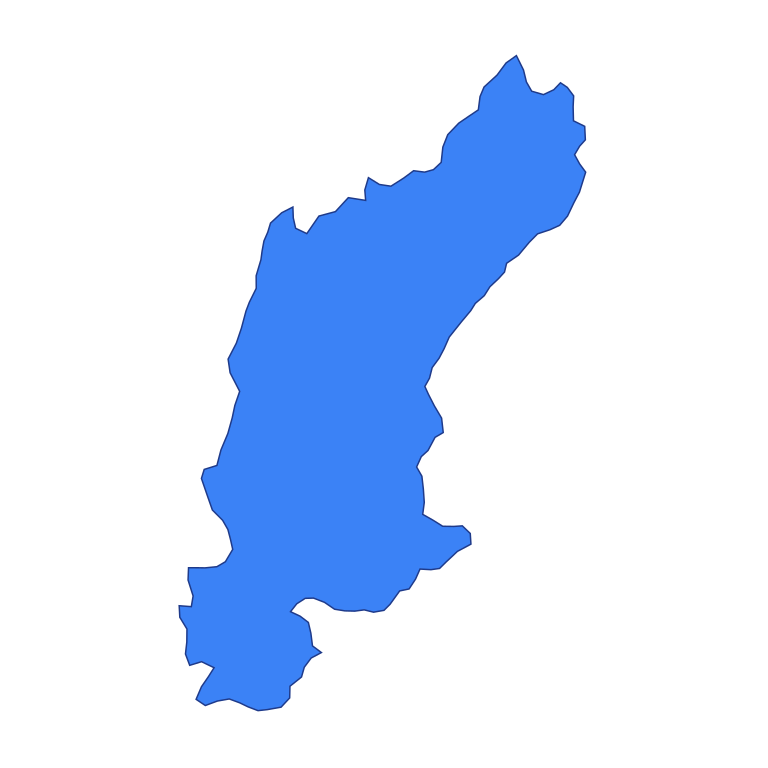 Arapeí, São Paulo, Brazil, rotated 170°
{"feature_id": "56859067B47911021551536", "entity_name": "Arapeí", "entity_type": "district", "adm_level": 2, "iso_a3": "BRA", "parent_name": "Brazil", "parent_adm1": "São Paulo", "projection": "mercator", "projection_center": [-44.44, -22.672], "detail": "fine", "context": "isolated", "style": "filled", "palette": "blue", "viewbox_px": 768, "rotation_deg": 170, "n_neighbors": 0, "source": "geoboundaries", "source_scale": "gbopen_adm2", "svg_char_len": 2192}
<svg xmlns="http://www.w3.org/2000/svg" viewBox="0 0 768 768"><g transform="rotate(170 384 384)"><path d="M326.2,211.2L325.0,221.8L331.5,230.7L339.9,231.6L350.9,233.7L359.3,241.3L368.5,248.9L364.9,260.4L363.5,273.6L362.7,286.6L366.3,296.6L359.9,306.0L352.2,310.9L343.0,322.6L334.1,325.9L333.2,340.4L338.2,353.7L342.0,366.0L344.2,374.5L338.2,381.8L333.7,391.8L325.3,399.8L318.7,408.3L311.6,418.9L297.1,431.7L285.8,441.2L280.1,447.5L269.9,453.6L262.8,461.4L252.9,467.9L245.9,473.3L242.3,481.6L229.1,487.6L216.4,498.3L206.7,505.2L193.8,507.1L183.4,509.8L174.1,517.5L165.7,529.3L158.2,539.0L148.6,557.6L153.1,566.7L156.5,576.7L150.0,584.3L143.3,589.5L141.6,602.9L151.7,610.3L149.6,624.2L147.2,634.8L152.0,644.3L157.9,650.0L165.7,644.3L176.7,641.3L187.7,646.7L191.3,656.7L192.1,669.0L196.6,684.4L208.0,679.0L219.0,668.6L233.9,659.1L239.5,650.4L243.5,637.6L253.2,633.3L265.1,627.9L277.9,618.5L284.9,607.1L289.2,592.3L298.1,586.5L307.2,585.6L317.8,588.9L328.8,583.4L342.8,577.6L353.9,581.3L363.5,589.9L369.2,578.4L370.2,568.0L386.8,573.7L401.9,562.2L418.9,560.7L433.9,545.5L444.0,552.7L444.5,563.3L443.0,574.1L455.0,570.4L467.8,562.2L472.1,553.7L477.4,545.7L481.0,536.0L483.6,527.8L491.1,512.8L493.2,500.4L502.4,487.9L507.2,479.9L514.8,463.6L522.3,449.9L533.2,435.6L533.6,421.8L527.4,401.8L534.6,388.8L539.4,376.9L546.4,362.3L556.0,347.4L562.7,332.8L575.9,331.1L580.2,322.7L577.1,303.1L574.9,289.7L566.6,277.8L563.0,267.8L562.2,258.0L561.7,247.4L571.1,236.5L580.3,233.1L592.2,234.0L600.0,235.5L608.4,237.0L611.0,225.0L608.8,208.4L612.4,198.2L624.2,201.2L625.6,189.7L620.6,176.9L623.0,164.1L626.4,152.6L624.2,140.7L611.9,142.2L600.6,134.1L607.9,126.1L616.3,117.6L623.8,106.1L615.8,98.4L603.1,100.7L591.1,100.7L581.5,95.1L574.0,89.7L564.8,84.2L555.5,83.6L541.5,83.6L531.4,91.2L529.1,102.7L516.1,109.8L511.7,118.9L503.3,126.8L492.3,130.4L499.9,138.5L499.3,151.3L499.9,162.3L506.9,169.9L515.6,176.0L508.1,182.7L498.8,186.6L490.6,185.4L480.5,179.3L471.8,170.8L462.0,167.4L452.2,165.4L442.7,165.0L433.9,161.1L423.3,161.1L416.3,166.0L404.5,177.5L394.9,177.8L386.8,186.4L380.7,195.5L370.0,193.0L361.3,192.7L353.8,197.9L340.8,206.4L326.2,211.2Z" fill="#3b82f6" stroke="#1e3a8a" stroke-width="1.5"/></g></svg>